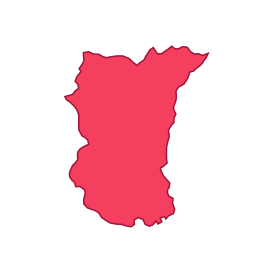 Alambari, São Paulo, Brazil (orthographic projection), rotated 108°
{"feature_id": "56859067B9588221424394", "entity_name": "Alambari", "entity_type": "district", "adm_level": 2, "iso_a3": "BRA", "parent_name": "Brazil", "parent_adm1": "São Paulo", "projection": "orthographic", "projection_center": [-47.872, -23.55], "detail": "fine", "context": "isolated", "style": "filled", "palette": "rose", "viewbox_px": 256, "rotation_deg": 108, "n_neighbors": 0, "source": "geoboundaries", "source_scale": "gbopen_adm2", "svg_char_len": 1788}
<svg xmlns="http://www.w3.org/2000/svg" viewBox="0 0 256 256"><g transform="rotate(108 128 128)"><path d="M223.1,109.8L221.7,104.6L221.6,98.9L220.9,94.5L217.6,92.1L213.6,93.8L210.0,90.5L210.6,85.2L214.3,82.0L214.8,77.5L212.8,74.7L207.7,72.4L210.0,69.8L206.7,66.9L203.9,69.5L201.0,66.5L202.8,63.9L198.9,62.3L195.4,58.3L190.8,58.5L186.0,62.3L180.9,63.5L180.4,67.7L178.0,70.1L175.0,71.3L171.5,70.5L167.4,71.3L165.1,75.3L162.4,79.7L159.2,82.7L156.2,84.9L154.0,82.9L149.2,80.0L145.2,81.9L140.4,83.5L134.2,85.4L128.9,86.0L124.3,86.0L121.3,86.9L118.0,88.9L112.2,87.7L108.7,86.0L104.4,87.3L99.9,86.8L97.0,89.6L94.2,91.2L91.3,91.1L87.7,90.9L83.6,91.5L78.1,93.8L73.4,92.6L68.8,88.4L63.2,86.8L59.4,86.5L55.7,86.5L53.5,83.1L50.7,81.8L47.2,79.4L43.4,77.3L40.2,76.6L36.9,75.4L32.2,74.8L35.9,79.4L35.7,84.4L37.2,87.7L35.9,92.4L32.9,96.6L33.8,101.3L37.4,104.8L38.1,108.1L36.7,111.7L40.6,114.2L43.9,116.8L47.0,119.0L48.4,122.9L43.7,128.8L47.1,131.5L51.3,132.3L54.3,133.3L57.8,133.6L60.3,135.2L62.9,137.4L65.8,138.7L63.7,144.2L61.6,148.4L61.1,155.3L62.9,160.7L65.3,165.8L67.7,170.0L68.0,173.6L66.9,178.3L68.3,183.9L67.6,188.9L70.1,193.7L73.5,192.4L77.2,190.8L81.2,191.2L86.7,192.8L88.9,190.2L94.8,192.4L99.9,192.7L102.0,189.1L105.6,187.2L109.1,189.8L113.3,191.2L117.6,197.7L120.1,195.4L121.1,191.6L123.8,186.0L126.1,182.7L129.7,179.5L133.1,178.1L141.5,175.4L145.2,174.0L149.7,169.3L150.3,166.2L151.7,162.8L155.5,160.3L159.5,164.5L163.0,167.2L166.4,168.3L169.4,167.7L173.7,166.0L177.6,167.5L180.7,169.1L186.7,169.8L190.0,169.5L193.0,167.9L194.9,165.3L196.2,162.2L200.0,159.5L198.4,155.5L200.4,150.1L203.2,148.4L207.2,148.3L210.2,147.9L213.9,146.5L216.5,141.8L216.6,137.1L216.8,133.1L217.6,129.8L221.4,125.3L222.8,120.1L223.8,116.0L223.1,109.8Z" fill="#f43f5e" stroke="#9f1239" stroke-width="1.5"/></g></svg>